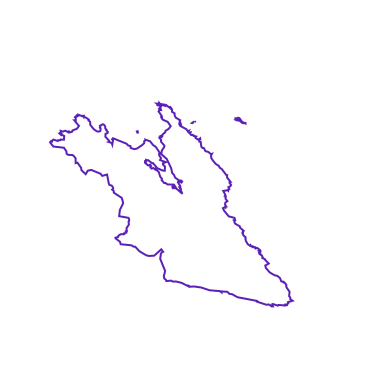 Carndonagh Lea-4, Donegal, Ireland (Natural Earth projection), rotated 35°
{"feature_id": "5873133B51648159491846", "entity_name": "Carndonagh Lea-4", "entity_type": "district", "adm_level": 2, "iso_a3": "IRL", "parent_name": "Ireland", "parent_adm1": "Donegal", "projection": "natural_earth1", "projection_center": [-7.257, 55.295], "detail": "fine", "context": "isolated", "style": "outline", "palette": "violet", "viewbox_px": 384, "rotation_deg": 35, "n_neighbors": 0, "source": "geoboundaries", "source_scale": "gbopen_adm2", "svg_char_len": 6074}
<svg xmlns="http://www.w3.org/2000/svg" viewBox="0 0 384 384"><g transform="rotate(35 192 192)"><path d="M47.2,232.7L52.3,234.3L61.7,229.2L65.7,230.7L67.4,232.6L69.3,232.6L72.8,230.3L74.6,230.3L77.4,231.2L80.1,235.1L81.4,233.7L87.3,235.8L88.9,237.5L94.7,238.4L94.4,234.3L96.8,231.7L106.7,229.5L109.2,230.3L112.4,226.4L118.9,232.7L120.3,233.6L122.5,232.8L124.1,233.3L125.4,234.3L125.2,235.9L127.1,235.9L128.3,237.4L137.7,237.1L140.0,238.8L142.1,240.8L143.2,248.0L146.2,253.6L154.6,249.7L155.8,250.0L157.1,251.7L156.9,252.5L159.0,254.9L159.1,259.3L161.0,261.3L160.3,262.2L161.5,262.9L160.6,264.2L160.7,265.0L159.9,265.2L160.1,265.9L157.9,267.4L156.8,269.8L157.3,271.2L155.5,273.3L155.9,273.8L161.6,274.1L163.5,275.7L173.0,270.4L175.8,270.2L176.9,269.4L183.0,270.7L190.8,270.1L193.4,269.1L197.6,265.8L199.7,256.6L202.6,257.5L201.9,258.6L201.9,260.4L204.3,265.0L215.3,272.1L217.3,277.3L219.1,278.8L221.1,278.9L222.1,279.7L225.7,276.6L227.6,276.4L230.4,274.4L235.6,272.4L243.4,271.3L243.0,270.8L245.0,270.5L247.9,268.2L254.2,265.0L262.8,262.4L271.7,257.2L273.8,257.3L273.2,256.5L278.2,253.5L280.8,253.9L280.4,254.3L283.5,252.7L289.6,252.1L307.8,243.9L308.7,244.1L307.1,244.9L317.6,241.7L319.5,240.0L323.0,240.0L323.9,239.3L322.8,238.7L323.0,237.9L322.2,237.8L322.4,237.4L327.6,235.8L327.7,234.9L332.2,232.2L331.7,231.6L332.8,232.1L333.6,231.4L333.1,230.7L335.5,229.8L334.1,229.7L334.6,227.6L333.8,227.1L336.8,223.4L334.0,223.4L333.0,222.0L331.3,221.6L329.1,217.7L324.8,216.2L323.2,215.2L322.5,213.9L320.2,213.2L318.8,213.6L318.5,213.0L316.4,214.0L313.4,212.0L309.9,211.8L307.6,212.8L301.9,213.3L296.1,211.9L294.2,210.2L295.9,206.6L290.2,205.5L291.0,205.3L290.6,205.2L287.4,205.7L287.3,204.9L285.7,203.9L283.0,204.1L282.4,203.7L282.8,203.2L281.8,202.9L282.1,202.3L280.6,202.0L281.7,200.9L280.8,200.5L277.6,200.4L276.6,201.6L275.7,200.9L275.0,201.2L275.4,201.7L273.6,201.6L273.1,202.4L272.6,201.8L271.2,202.6L270.5,202.1L270.5,202.8L267.5,202.7L264.1,201.1L262.9,199.9L263.6,199.6L262.9,199.9L261.8,198.3L259.3,198.1L256.8,196.7L257.1,196.0L256.3,195.2L256.6,194.2L251.8,193.6L250.8,192.7L245.6,193.2L244.1,192.5L243.7,191.3L242.6,191.1L243.0,190.6L242.5,190.6L242.7,189.6L241.6,188.8L236.1,190.9L229.0,188.9L226.6,187.5L227.5,185.8L228.3,185.7L227.9,185.0L228.5,184.3L226.4,183.5L225.4,181.6L226.2,179.1L223.7,178.5L222.8,177.7L222.6,176.6L223.1,176.8L221.9,176.3L221.3,176.5L221.3,175.4L217.0,173.2L220.2,170.1L220.9,170.2L220.3,169.1L220.9,168.3L219.0,167.1L220.1,165.4L220.0,163.8L217.4,162.9L216.8,161.9L217.5,161.5L212.4,160.0L211.1,158.0L210.3,158.4L203.2,156.1L200.8,156.2L198.9,155.2L195.3,155.4L191.6,154.4L188.1,153.0L186.6,151.0L186.4,149.3L185.7,150.2L182.5,149.8L179.6,150.8L176.4,149.2L175.2,149.9L173.6,149.5L170.2,145.8L169.1,146.5L167.7,145.3L164.1,145.8L163.3,145.2L163.5,144.2L161.1,145.2L160.6,145.0L161.0,144.7L159.8,144.8L158.6,145.8L156.9,145.3L156.6,143.9L155.2,145.2L154.1,144.7L154.1,143.9L153.6,144.6L151.3,143.8L144.4,144.6L143.5,144.1L143.9,143.7L142.4,143.4L142.1,142.6L143.3,142.3L140.9,140.6L141.0,140.0L136.1,140.4L133.8,139.2L132.6,137.5L129.7,137.8L128.5,136.3L127.2,135.9L121.1,135.6L120.7,136.7L119.9,136.5L120.4,136.9L118.0,137.6L118.4,136.7L116.1,137.8L116.8,138.5L113.4,139.2L112.6,139.7L114.5,139.7L112.7,140.5L114.6,140.6L115.9,139.7L117.6,140.1L117.3,142.2L118.4,141.7L119.6,142.6L118.1,143.5L118.5,144.4L117.8,144.5L118.5,144.6L118.4,145.1L123.8,147.2L124.7,148.2L124.1,148.5L125.1,149.1L126.7,149.5L131.8,148.5L136.8,150.3L136.7,153.6L135.2,157.0L135.8,158.6L134.9,161.6L135.7,163.4L134.3,166.4L136.7,166.9L137.7,168.5L142.9,169.9L143.5,171.4L143.5,175.3L145.1,178.6L152.3,179.4L161.2,184.4L164.9,187.8L167.4,188.3L169.9,189.9L175.1,189.9L176.3,188.9L177.9,189.0L178.0,190.3L174.7,190.9L174.8,192.1L179.1,193.9L179.2,194.7L180.2,195.3L179.4,195.5L185.2,199.0L176.7,198.1L174.9,199.3L174.2,198.9L173.8,199.7L172.9,198.9L173.5,197.8L175.4,197.3L173.0,196.3L167.5,199.9L165.2,199.8L164.0,200.6L160.2,199.6L159.8,198.4L157.2,197.7L153.3,194.7L148.8,194.1L148.9,194.7L146.6,194.5L145.5,196.0L143.7,195.7L143.1,194.7L143.5,194.2L142.1,193.6L140.9,195.4L136.7,195.0L135.9,193.7L136.8,193.3L135.9,192.0L137.8,191.4L137.1,191.1L142.9,191.3L143.4,190.7L149.9,192.4L155.8,191.2L157.5,190.2L155.2,186.6L152.6,186.2L151.7,185.2L153.4,182.6L147.5,184.1L147.2,182.0L144.1,180.8L143.2,179.6L144.1,178.9L143.2,178.4L136.3,175.8L133.3,175.9L128.7,174.5L123.9,175.8L124.3,176.1L123.7,177.8L124.8,179.3L124.4,181.7L122.0,188.0L120.2,190.0L116.6,191.1L115.3,189.7L113.0,190.5L110.6,190.0L96.4,193.3L96.3,194.6L97.4,194.5L99.6,199.0L98.0,197.9L95.1,198.8L95.5,198.2L94.8,197.6L89.3,196.4L87.8,193.9L89.0,192.2L88.7,191.1L86.2,190.6L86.2,190.0L84.5,189.7L83.2,188.0L81.2,187.4L80.0,187.7L78.6,190.6L79.7,191.4L79.6,192.1L81.1,192.8L81.9,194.7L80.9,196.1L79.0,196.9L75.6,196.9L70.2,195.4L68.2,192.9L66.2,192.8L66.0,191.9L62.5,191.9L54.0,194.0L53.9,194.8L55.2,194.6L54.0,197.0L53.5,196.3L53.2,197.8L54.1,197.8L55.8,200.2L55.2,200.6L56.0,200.6L55.3,200.7L55.8,201.2L61.5,202.7L61.4,206.3L58.8,210.2L59.3,211.2L57.9,213.1L56.8,212.8L56.2,213.1L56.6,214.0L53.0,214.5L51.7,216.5L49.4,217.2L50.2,217.9L50.0,218.6L51.2,219.0L50.0,220.1L52.2,220.4L52.2,219.8L55.2,219.4L57.1,222.6L54.3,224.4L54.5,225.0L52.6,226.5L52.8,227.2L48.4,228.6L47.9,230.2L48.4,230.9L47.2,231.5L47.2,232.7ZM185.7,107.4L188.0,106.6L187.0,107.7L187.6,107.6L190.1,106.3L193.7,106.6L196.0,105.3L189.4,106.2L190.6,105.0L188.5,104.3L186.4,105.0L188.2,104.9L185.3,106.6L185.7,107.4ZM124.1,135.4L127.2,135.8L127.5,135.5L125.7,134.9L125.7,135.5L124.1,135.4ZM113.6,174.3L112.6,173.4L112.1,174.0L113.2,174.7L113.6,174.3ZM153.7,134.8L152.5,134.9L152.4,135.5L153.7,134.8ZM167.9,143.4L167.6,144.5L168.4,143.9L167.9,143.4ZM113.1,138.5L115.1,138.6L112.8,138.4L113.1,138.5ZM59.7,191.6L59.3,191.9L60.0,192.3L59.7,191.6ZM153.1,133.5L154.0,133.6L152.3,133.4L153.1,133.5ZM155.0,132.3L153.9,132.5L155.0,132.3ZM114.9,138.0L115.4,138.5L116.0,138.3L114.9,138.0ZM134.3,163.9L134.0,164.5L134.9,164.4L134.3,163.9ZM196.4,104.8L195.4,104.8L196.5,105.0L196.4,104.8Z" fill="none" stroke="#5b21b6" stroke-width="2"/></g></svg>